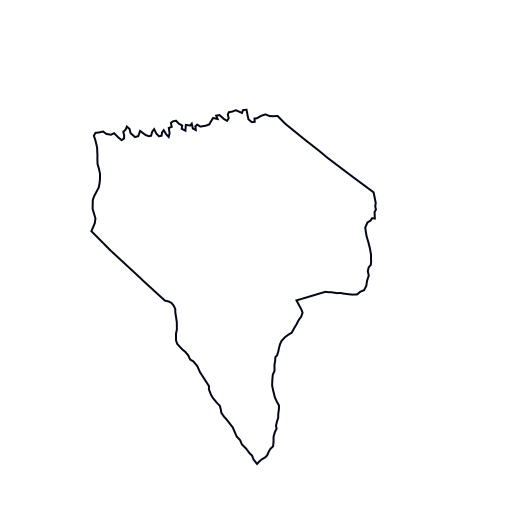 Tuneiras do Oeste, Paraná, Brazil, rotated 152°
{"feature_id": "56859067B31393731178393", "entity_name": "Tuneiras do Oeste", "entity_type": "district", "adm_level": 2, "iso_a3": "BRA", "parent_name": "Brazil", "parent_adm1": "Paraná", "projection": "equal_earth", "projection_center": [-52.836, -23.86], "detail": "fine", "context": "isolated", "style": "outline", "palette": "ink", "viewbox_px": 512, "rotation_deg": 152, "n_neighbors": 0, "source": "geoboundaries", "source_scale": "gbopen_adm2", "svg_char_len": 2860}
<svg xmlns="http://www.w3.org/2000/svg" viewBox="0 0 512 512"><g transform="rotate(152 256 256)"><path d="M381.9,329.3L368.5,291.0L367.5,287.8L357.4,259.4L354.5,256.9L352.6,254.1L352.0,250.6L352.2,247.0L353.6,244.4L357.0,234.7L360.4,228.2L363.1,225.0L366.3,218.9L366.8,215.1L364.9,208.0L363.5,204.7L362.5,200.3L362.7,195.4L360.8,192.4L359.5,186.3L360.0,180.0L359.4,172.4L358.9,166.8L358.6,163.2L360.2,160.3L360.9,154.5L360.7,150.8L359.5,144.9L358.3,140.7L359.0,137.4L360.2,133.9L359.7,129.3L358.6,124.9L357.8,120.1L357.0,115.7L357.8,105.7L356.5,100.9L356.9,96.2L355.2,90.8L354.3,85.0L353.2,81.6L353.7,77.5L352.7,71.9L349.9,72.9L346.7,73.7L342.4,73.9L339.8,74.7L336.6,77.3L333.7,79.0L330.3,79.9L328.0,83.3L325.2,88.4L321.6,92.0L318.9,93.8L318.0,96.8L315.0,100.2L312.4,102.7L310.5,106.1L307.7,110.0L305.9,113.2L306.0,117.9L305.7,122.5L304.8,125.9L303.9,129.6L302.5,134.2L299.6,139.2L296.9,143.3L293.5,146.0L292.2,148.5L290.9,151.1L288.3,154.5L286.4,157.6L284.0,158.4L281.1,161.3L278.7,164.2L276.1,166.9L273.4,169.0L268.6,170.7L264.5,171.3L260.5,171.5L255.6,174.7L252.5,176.5L249.9,178.4L247.6,179.8L244.6,181.2L241.5,184.1L241.0,187.9L241.1,193.2L241.1,197.8L211.5,191.8L209.2,190.1L206.6,188.7L201.8,185.1L198.9,183.8L196.6,181.9L192.5,179.0L189.1,176.7L184.8,174.6L180.8,175.5L176.6,175.1L172.6,177.9L169.5,182.1L165.7,185.7L164.4,190.1L161.8,193.1L158.9,194.2L157.3,196.4L155.9,199.3L153.8,203.2L151.8,209.4L150.4,215.1L149.1,221.4L147.7,225.7L146.2,229.8L141.8,233.3L138.1,233.5L135.9,234.9L133.5,233.3L130.7,239.1L128.3,240.7L127.4,243.9L125.4,246.6L123.7,252.2L122.3,257.0L133.0,279.5L137.2,288.5L147.0,309.6L151.1,319.7L157.8,334.7L168.0,358.8L171.2,369.5L174.7,371.1L178.1,373.0L181.2,376.6L185.3,377.3L190.6,377.2L192.8,378.1L194.1,375.1L196.9,376.2L198.5,380.2L197.3,384.5L195.7,389.6L199.0,390.9L201.2,388.9L205.4,394.2L209.5,394.7L212.4,395.7L214.5,394.1L215.5,390.4L218.1,388.9L219.9,391.8L222.1,397.6L225.3,398.6L225.6,395.0L229.1,398.0L233.1,395.7L235.5,394.1L239.5,394.7L244.4,396.4L246.2,399.6L248.6,399.0L250.0,395.5L251.9,398.2L250.6,403.0L252.9,402.1L256.4,404.7L259.5,399.8L261.9,403.2L259.9,405.9L262.0,409.0L263.1,413.0L266.4,413.9L268.7,413.4L269.8,409.6L272.9,410.0L274.7,404.9L277.2,402.1L278.2,405.9L278.4,410.4L281.0,409.2L282.9,406.5L285.5,407.3L286.5,410.8L286.4,415.8L289.1,414.6L292.2,411.4L294.5,412.2L296.7,414.7L299.6,420.8L303.7,417.1L307.0,417.8L309.1,423.4L308.0,427.5L309.3,430.9L311.6,428.9L314.9,427.9L315.8,424.3L317.4,421.7L320.3,421.4L322.0,425.6L323.6,431.0L327.2,431.2L330.8,434.0L332.6,437.7L337.0,438.9L339.9,440.1L342.7,438.3L343.5,433.5L345.4,426.3L347.3,422.4L348.8,419.2L350.6,415.9L352.7,411.7L353.6,407.3L355.1,401.8L358.0,396.6L360.1,393.5L362.7,390.3L370.4,385.1L373.8,382.1L378.2,374.2L378.9,370.5L380.2,364.4L383.0,360.6L389.7,355.2L381.9,329.3Z" fill="none" stroke="#020617" stroke-width="2"/></g></svg>